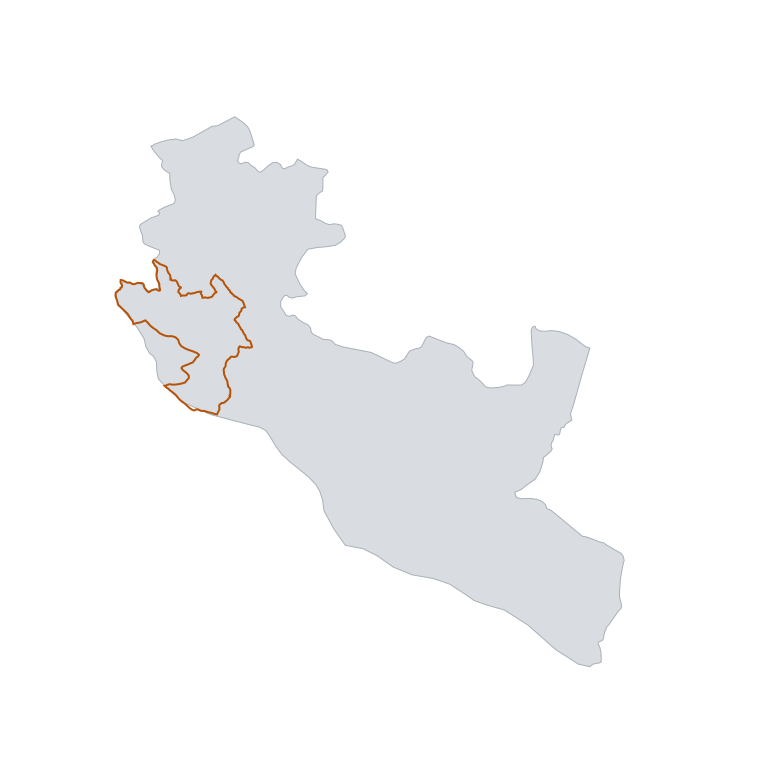 Republic of the Congo, with Pool highlighted, rotated 106°
{"feature_id": "COG-3341", "entity_name": "Pool", "entity_type": "Region", "adm_level": 1, "iso_a3": "COG", "parent_name": "Republic of the Congo", "parent_adm1": "", "projection": "natural_earth1", "projection_center": [14.821, -3.811], "detail": "fine", "context": "in_parent", "style": "outline", "palette": "amber", "viewbox_px": 768, "rotation_deg": 106, "n_neighbors": 0, "source": "natural_earth", "source_scale": "10m", "svg_char_len": 9654}
<svg xmlns="http://www.w3.org/2000/svg" viewBox="0 0 768 768"><g transform="rotate(106 384 384)"><path d="M168.3,601.1L171.7,590.9L174.3,586.1L177.4,582.8L189.8,574.7L191.7,575.1L200.3,585.5L203.0,586.4L206.1,586.1L209.7,586.5L211.4,584.5L211.7,581.8L209.1,578.7L208.7,575.5L210.6,572.0L211.6,568.1L214.3,563.5L214.6,561.3L211.7,558.9L205.9,555.3L201.9,551.9L200.4,548.5L201.5,544.3L204.7,540.8L204.5,538.9L201.7,535.8L199.6,532.5L197.5,530.4L191.7,529.2L192.8,524.7L195.0,518.1L195.5,513.1L193.8,499.9L194.0,497.5L195.6,496.2L199.1,497.7L202.6,499.7L212.1,496.8L215.4,496.4L218.2,498.9L222.0,500.9L244.0,495.4L244.4,489.8L245.7,484.7L245.9,480.9L244.9,478.4L243.9,476.6L243.2,472.8L243.2,468.7L245.3,466.7L252.3,461.9L254.5,462.0L259.4,464.7L264.0,468.9L268.1,477.6L270.9,485.2L275.4,494.3L285.0,498.0L296.5,500.4L302.7,499.8L311.5,492.0L316.5,485.9L318.2,482.6L321.1,484.3L324.4,492.3L326.5,495.4L327.0,498.4L325.5,502.1L327.0,504.4L333.2,506.1L338.5,504.5L341.0,501.3L345.0,497.0L345.1,493.4L342.9,491.1L342.9,487.9L345.1,485.4L347.3,478.5L348.0,473.5L350.1,470.3L354.2,468.1L355.6,466.1L357.9,454.2L356.7,449.9L356.7,446.3L359.3,441.8L359.7,434.3L357.2,404.9L361.2,381.3L360.8,378.3L358.0,374.7L354.5,371.3L345.4,368.6L342.0,364.2L339.4,359.6L337.5,358.1L327.6,356.3L325.4,353.6L326.3,346.2L327.2,335.1L326.8,327.4L328.6,321.2L330.6,316.5L335.0,311.6L337.3,305.8L338.5,304.3L346.8,303.4L349.8,300.9L352.2,298.5L353.2,295.2L356.0,289.7L358.5,286.0L358.8,283.5L358.3,280.0L355.8,273.1L352.8,267.4L351.0,265.4L347.3,251.9L343.9,248.8L337.3,247.1L324.9,245.5L317.4,248.0L306.0,252.5L291.7,257.4L288.3,256.9L286.8,254.8L289.0,253.1L290.1,249.0L288.7,243.1L286.5,237.8L285.3,230.2L285.8,220.9L288.0,212.1L292.5,200.7L292.8,196.0L320.4,196.3L350.0,196.1L361.4,196.5L366.9,193.5L372.1,198.0L374.6,199.0L375.5,198.6L377.5,201.8L383.9,201.4L384.9,202.2L385.5,206.0L391.5,205.9L394.4,206.7L396.9,206.6L400.3,204.4L402.8,205.2L407.4,208.0L410.6,210.5L415.2,209.7L425.7,210.1L433.8,212.5L441.9,219.0L447.3,222.8L452.1,228.4L453.9,227.4L456.6,225.2L456.5,220.4L453.8,212.3L452.7,205.3L453.3,199.7L455.4,195.6L458.9,193.1L459.3,188.8L475.7,151.3L475.2,147.0L475.6,140.6L476.4,133.4L476.2,129.1L477.3,126.2L481.5,109.3L483.9,106.4L487.5,104.5L492.7,104.4L506.4,103.0L519.2,100.2L523.5,99.0L531.5,94.5L534.6,94.3L537.2,96.0L552.7,101.2L557.0,103.2L558.5,102.9L560.9,103.4L564.5,103.4L568.0,102.8L570.3,103.4L573.1,106.8L575.0,106.4L577.5,104.0L582.2,101.4L591.2,98.6L592.6,99.9L595.8,106.1L599.0,108.2L599.7,119.9L592.2,145.2L576.1,179.1L568.1,205.9L568.1,225.5L567.3,237.8L564.6,245.3L558.3,265.6L557.4,283.0L559.7,304.3L557.5,324.5L550.9,343.6L548.1,358.6L549.7,376.7L537.6,391.8L522.4,406.7L512.5,411.0L504.9,416.1L499.4,421.8L493.7,431.8L484.6,453.3L479.9,462.7L473.7,470.8L464.5,480.6L461.1,485.3L459.8,492.0L460.3,504.4L461.2,542.1L457.1,571.0L448.1,591.1L441.3,602.3L434.6,605.8L425.7,608.8L421.4,612.6L418.8,618.2L413.8,623.1L406.5,627.2L397.2,637.5L386.0,653.8L378.4,663.1L374.3,665.5L370.0,665.7L365.6,663.8L362.0,663.5L360.1,664.4L357.2,662.1L357.3,658.4L356.7,652.2L354.6,645.8L359.4,636.7L359.0,634.7L356.7,631.4L354.2,626.7L351.7,627.0L346.6,630.6L341.2,633.4L336.2,634.6L330.1,639.0L326.8,639.0L324.9,637.3L320.8,635.7L318.5,636.2L317.3,637.0L316.2,648.0L315.4,652.6L314.0,654.8L307.7,657.2L303.5,660.4L299.9,662.6L297.6,662.0L288.6,653.8L283.8,647.0L281.0,646.9L280.2,649.0L278.7,648.0L274.3,643.5L269.1,636.4L267.2,635.3L264.4,635.4L259.8,638.0L255.4,642.1L247.3,645.9L240.6,648.0L240.0,650.6L238.4,655.0L236.2,657.8L230.2,658.6L228.1,662.6L222.9,670.2L219.5,673.7L218.6,672.2L216.5,670.4L212.3,664.4L208.1,657.1L207.0,653.7L205.8,651.8L205.6,644.5L199.3,635.7L183.5,620.1L181.8,615.4L168.3,601.1Z" fill="#d9dde1" stroke="#a8b0b8" stroke-width="1"/><path d="M459.3,536.1L459.5,538.5L459.3,541.8L459.6,545.6L459.4,549.2L459.6,550.3L460.2,551.5L460.2,553.0L459.8,556.0L460.1,557.4L460.8,558.1L461.5,558.7L461.8,559.4L461.7,560.9L461.4,562.2L460.7,564.2L457.8,569.9L456.6,573.4L455.3,576.3L451.8,581.4L449.4,586.9L449.0,588.4L448.2,589.3L447.2,592.5L446.3,594.4L445.1,592.7L444.1,591.4L443.2,589.8L443.0,587.4L442.1,584.5L440.7,581.3L438.9,577.9L437.4,575.7L434.2,574.3L432.1,573.3L430.0,573.8L428.4,575.7L427.3,578.0L425.9,581.5L424.5,583.1L423.0,582.7L421.2,580.5L419.1,577.6L417.5,575.8L416.1,573.9L413.6,572.8L410.4,571.8L408.5,570.2L406.9,569.9L405.8,572.3L405.3,576.6L405.1,581.1L404.6,585.3L403.5,589.3L401.3,592.0L398.1,594.1L396.5,597.5L396.5,601.0L397.7,605.2L397.9,608.7L397.0,613.7L395.1,617.2L393.8,621.2L392.6,624.3L390.1,628.1L388.6,631.0L390.6,633.4L392.2,635.5L393.6,638.7L395.5,641.4L392.4,643.2L391.9,643.9L391.6,644.8L387.1,649.9L382.4,659.0L382.0,660.1L381.4,661.1L380.5,661.9L377.8,663.3L374.0,666.0L372.3,666.7L370.1,667.0L369.4,666.7L367.6,665.4L366.9,665.2L366.6,665.0L366.2,664.1L365.9,663.8L365.4,663.7L364.2,663.8L363.9,663.5L363.5,662.8L362.4,662.8L361.3,663.1L360.6,663.5L359.4,665.0L358.7,665.4L357.6,665.6L356.6,665.8L356.4,663.8L357.3,658.6L357.1,657.9L356.8,657.3L356.5,656.7L356.5,655.9L356.7,655.3L357.1,654.1L357.2,653.5L357.0,651.8L356.3,650.7L355.5,649.8L354.6,648.5L354.1,646.0L353.7,644.5L353.7,644.0L354.2,643.0L355.1,642.1L357.3,641.0L358.0,640.2L358.6,639.2L359.6,637.9L360.4,636.6L360.6,635.4L360.2,634.9L358.2,633.4L357.1,631.9L356.1,630.2L355.8,629.3L355.7,628.9L355.9,628.6L356.2,627.6L356.3,626.8L356.3,626.0L356.2,625.5L355.8,625.2L354.8,625.3L352.3,626.8L349.7,627.6L348.5,628.5L346.3,630.7L344.2,631.9L342.0,632.7L336.9,633.4L334.8,634.4L333.1,637.1L333.0,637.3L332.8,637.4L331.9,638.2L330.9,639.5L330.3,639.9L329.8,640.0L328.1,639.4L328.5,637.4L329.1,636.3L329.3,635.8L329.6,634.8L329.7,634.3L330.4,632.8L330.5,632.1L330.9,627.6L331.4,625.6L331.5,625.4L331.8,625.0L332.1,624.7L332.9,624.5L335.0,623.3L336.3,622.2L338.0,620.0L338.6,619.5L339.4,619.1L341.3,618.5L342.3,618.1L341.8,617.6L342.8,616.8L342.8,615.7L341.8,613.1L342.5,611.8L343.2,610.9L346.2,608.5L346.6,608.0L346.8,607.5L347.0,606.1L347.3,605.8L347.8,605.9L349.7,607.2L352.1,607.2L352.4,606.8L353.3,605.3L354.1,604.2L354.6,603.8L355.3,603.5L354.5,602.0L354.0,600.2L353.3,598.6L352.3,598.0L351.2,597.7L350.6,596.9L350.5,595.8L350.5,594.6L348.6,591.0L347.3,589.3L345.8,586.1L345.6,585.1L345.9,585.0L346.5,585.3L347.3,585.2L347.9,584.7L348.7,583.6L349.1,583.3L349.5,583.2L351.0,582.3L351.2,582.2L351.1,581.9L350.8,581.4L350.4,580.7L350.2,580.2L349.9,578.6L349.9,577.7L349.8,577.2L349.6,576.6L349.1,576.0L348.6,574.9L348.3,574.4L347.9,574.0L347.5,573.4L346.7,573.0L345.5,572.7L343.3,571.7L342.9,571.4L342.2,570.6L341.8,570.4L341.4,570.8L341.0,571.7L340.7,572.1L339.5,573.0L339.1,573.4L335.8,578.0L335.4,578.2L334.9,578.4L332.4,578.6L331.9,578.6L331.3,578.4L330.4,577.8L329.7,577.6L328.1,577.4L327.5,577.3L325.5,576.0L326.1,575.5L326.3,575.3L326.4,575.0L326.5,574.4L326.4,573.7L326.5,573.3L327.1,572.7L327.5,572.2L328.2,570.7L328.5,569.9L328.9,569.0L329.0,568.5L328.9,568.3L328.9,568.1L329.0,567.8L329.2,567.5L330.4,566.1L331.3,565.4L331.7,565.2L331.8,565.1L333.9,562.3L334.2,561.9L334.6,561.1L334.8,560.6L335.1,560.3L336.0,559.7L336.5,558.3L336.7,558.0L336.9,557.8L337.5,557.3L338.2,557.0L338.4,556.7L338.5,556.3L338.4,556.0L338.4,555.7L338.5,555.6L338.8,555.3L339.1,555.0L339.4,554.5L339.9,553.1L340.1,552.8L340.6,552.4L340.8,552.2L340.8,551.4L340.9,550.6L341.0,549.9L341.9,547.6L342.9,543.6L343.0,543.1L343.3,542.7L344.4,541.7L348.5,538.8L349.9,541.0L351.1,541.6L352.9,541.4L353.7,541.6L354.9,542.4L355.4,542.6L355.8,542.6L356.4,542.4L358.4,542.4L358.7,542.5L359.0,542.7L359.2,542.9L359.4,543.1L359.8,543.6L360.5,544.1L362.1,545.1L363.0,545.4L363.5,545.4L363.7,545.2L364.4,543.9L365.3,542.9L365.6,542.4L366.5,540.6L366.6,540.3L366.8,540.2L367.8,539.5L369.2,537.9L369.7,537.5L370.6,536.7L370.9,536.4L371.1,535.5L371.2,535.4L371.3,535.2L371.5,534.9L373.1,533.7L374.8,531.9L375.1,531.3L375.2,531.1L375.9,530.5L377.9,529.1L378.4,528.6L379.0,528.1L379.2,527.8L379.4,527.5L379.5,526.6L379.6,526.3L379.5,525.1L379.6,524.7L379.8,524.4L380.2,524.0L381.6,523.2L382.1,522.7L383.9,521.5L384.5,521.2L385.0,521.2L385.2,521.5L385.3,521.7L385.8,522.6L386.1,523.1L386.2,523.4L386.3,523.8L386.2,524.9L386.3,525.2L386.4,525.5L386.8,525.9L387.0,526.2L387.1,526.5L387.2,526.8L387.3,527.2L387.3,529.0L387.7,531.2L387.7,531.5L387.6,532.3L387.5,532.7L387.6,533.0L387.9,533.3L388.5,533.5L389.6,533.6L390.6,533.6L391.8,533.1L393.1,532.5L393.5,532.5L397.2,532.9L397.7,533.0L397.9,533.2L398.1,533.5L398.4,534.1L399.0,534.7L399.2,535.0L399.3,535.3L399.5,537.3L399.9,538.3L400.0,538.6L400.2,538.8L400.5,539.0L400.8,539.1L401.7,539.3L402.1,539.4L402.3,539.6L402.4,539.8L402.5,540.0L402.8,540.4L403.5,540.6L403.8,540.7L404.0,540.9L405.1,541.4L407.3,541.8L407.9,541.8L409.0,541.5L410.1,541.3L410.7,541.3L411.2,541.4L413.3,542.1L413.8,542.1L414.3,542.1L418.4,540.5L419.1,540.1L420.5,539.0L420.9,538.8L421.3,538.4L422.2,537.6L422.6,537.2L422.9,537.0L423.1,536.8L423.7,536.1L424.1,535.7L424.9,535.2L425.4,534.9L426.7,534.5L427.2,534.3L427.3,534.2L427.6,533.8L427.9,533.7L428.2,533.6L428.9,533.4L429.3,533.2L429.6,533.0L429.7,532.6L429.9,532.0L430.1,531.7L430.3,531.5L430.8,531.1L431.5,530.5L432.3,530.0L432.9,529.8L436.6,528.9L437.0,529.0L437.5,529.4L438.2,528.7L438.5,528.4L438.8,528.5L439.1,528.7L440.0,529.1L440.7,529.5L441.4,529.6L443.0,530.4L443.7,530.9L444.3,531.5L444.6,531.7L444.9,531.8L445.2,531.9L445.5,532.0L446.0,532.7L446.3,532.9L446.4,533.2L446.6,533.5L446.9,534.5L447.1,534.8L447.3,534.9L447.6,535.0L447.8,535.2L448.0,535.4L448.2,535.7L448.5,536.0L449.0,536.2L449.9,536.4L450.6,536.5L450.8,536.4L451.1,536.1L451.5,535.9L452.0,535.7L453.1,535.4L453.7,535.3L454.3,535.3L455.7,535.5L457.0,535.8L459.3,536.1Z" fill="none" stroke="#b45309" stroke-width="2"/></g></svg>